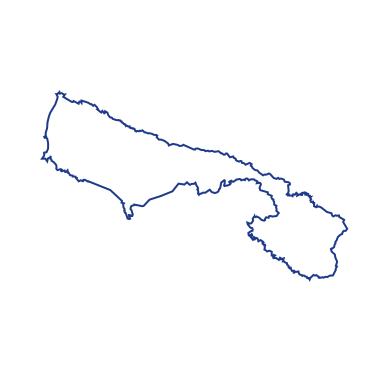 the district of Pran Buri, Prachuap Khiri Khan, Thailand, rotated 202°
{"feature_id": "78962969B16792077167163", "entity_name": "Pran Buri", "entity_type": "district", "adm_level": 2, "iso_a3": "THA", "parent_name": "Thailand", "parent_adm1": "Prachuap Khiri Khan", "projection": "orthographic", "projection_center": [99.688, 12.406], "detail": "fine", "context": "isolated", "style": "outline", "palette": "blue", "viewbox_px": 384, "rotation_deg": 202, "n_neighbors": 0, "source": "geoboundaries", "source_scale": "gbopen_adm2", "svg_char_len": 6035}
<svg xmlns="http://www.w3.org/2000/svg" viewBox="0 0 384 384"><g transform="rotate(202 192 192)"><path d="M30.1,167.4L29.5,173.5L30.0,174.6L29.7,177.2L30.9,177.3L31.3,181.7L34.5,184.9L36.2,187.6L40.1,189.0L41.9,191.2L41.6,191.8L41.0,191.8L39.6,194.1L40.1,197.0L39.7,198.1L40.4,199.4L39.8,201.3L39.9,204.9L38.3,208.1L37.0,209.4L37.3,210.4L36.9,212.7L35.0,213.5L34.3,216.0L40.6,220.8L40.5,223.2L46.1,224.0L47.0,225.3L48.9,224.2L50.2,224.2L51.8,222.3L53.2,222.7L54.8,224.6L59.2,224.0L66.7,226.1L68.6,226.1L70.3,225.3L70.9,226.0L71.2,224.4L73.6,224.6L74.6,227.6L75.5,227.2L76.2,228.4L77.8,227.3L79.2,228.7L78.9,230.0L80.3,231.0L80.0,231.8L80.8,231.3L81.2,232.6L82.5,232.0L83.0,232.8L84.9,232.3L84.1,233.7L85.8,233.8L85.8,232.7L86.6,232.8L87.2,233.5L87.4,232.8L88.3,233.1L89.3,232.7L89.7,232.1L88.8,230.9L88.9,230.4L89.7,230.1L90.7,230.7L93.1,228.0L93.6,229.8L95.0,230.3L95.7,227.9L97.3,227.8L97.2,225.8L98.4,226.1L100.5,225.1L101.3,226.0L102.0,224.8L103.3,225.3L102.6,226.7L102.7,229.0L105.4,234.2L104.0,235.6L104.6,236.8L106.2,237.2L109.9,236.3L111.3,237.8L112.9,238.0L114.7,237.7L115.9,236.8L117.4,237.4L118.6,235.8L121.5,235.6L126.3,237.9L127.6,238.0L129.6,235.9L131.1,235.5L132.3,234.1L136.9,235.1L139.4,236.5L141.7,236.0L144.6,236.8L146.4,238.3L147.4,238.4L147.2,240.2L149.4,240.6L152.5,237.4L154.9,238.2L156.5,237.7L157.7,239.1L158.9,238.8L159.5,237.9L162.2,237.7L163.4,238.2L164.0,239.2L166.2,239.4L167.0,240.4L169.9,238.4L173.8,240.8L174.9,240.5L175.5,239.0L176.5,238.5L178.9,239.1L179.4,238.7L182.6,239.8L186.1,237.7L188.9,237.6L191.2,236.1L192.7,236.3L194.8,234.9L196.4,235.4L199.0,234.5L203.0,234.5L205.0,233.4L205.1,232.4L206.5,232.1L217.8,232.5L218.4,231.3L220.7,230.0L223.0,230.3L227.6,229.5L230.9,226.5L232.1,227.9L236.5,229.1L240.4,229.0L242.3,228.2L245.3,229.6L245.4,231.3L246.3,231.5L248.9,230.7L250.8,231.0L253.8,230.5L254.5,229.9L257.4,229.9L258.4,229.5L261.0,230.6L262.2,229.4L263.2,229.4L263.6,228.6L265.8,228.0L266.3,227.2L267.7,227.5L269.1,229.1L270.6,228.9L270.7,228.5L272.1,228.8L272.3,228.4L273.9,228.4L274.5,229.5L275.7,228.8L278.2,229.2L278.3,228.6L279.8,229.8L280.7,229.5L281.6,230.1L283.0,230.2L283.5,230.9L284.0,230.7L285.0,231.5L286.0,231.0L286.8,231.3L288.6,230.4L292.8,230.1L294.3,230.9L295.9,230.5L298.3,231.8L300.2,233.9L302.8,234.3L302.4,232.5L302.9,232.1L305.5,233.6L306.0,231.7L310.7,233.1L310.2,233.6L311.9,235.0L315.1,236.3L315.9,234.9L318.4,235.8L319.0,235.4L321.9,235.9L328.7,235.4L327.9,233.3L329.0,233.9L330.3,233.6L330.2,231.4L335.9,232.0L336.2,230.8L337.2,230.5L347.0,232.0L346.4,234.8L347.3,234.3L349.7,234.9L351.5,233.7L352.4,235.0L353.5,232.4L354.5,232.0L352.2,230.0L351.8,227.7L351.6,221.9L353.1,212.5L353.0,208.7L352.1,202.5L350.3,197.0L349.8,192.0L348.7,189.3L350.2,187.0L348.6,189.3L347.8,188.5L348.4,188.0L349.4,186.5L348.0,187.8L346.1,187.1L343.6,183.2L341.7,178.3L341.8,174.4L343.8,173.2L343.9,172.6L343.0,171.6L342.8,170.1L343.5,166.7L340.6,168.0L337.7,166.2L338.2,169.0L336.6,170.7L336.5,172.5L335.6,169.8L334.6,169.5L334.0,168.4L331.5,167.9L328.2,166.3L327.0,164.6L326.6,162.8L325.0,161.9L322.3,164.0L321.2,163.9L321.4,162.7L320.8,162.3L318.2,164.2L317.1,163.1L316.3,163.3L315.5,165.4L314.2,163.4L313.6,163.6L311.3,161.9L308.8,162.5L308.4,161.7L305.7,162.6L305.0,161.6L304.2,161.8L304.2,161.2L301.0,159.5L299.5,161.2L297.2,161.1L296.8,161.9L297.1,162.6L295.6,163.2L292.3,162.7L292.2,163.1L268.5,163.2L253.6,157.5L253.3,155.7L250.9,156.0L251.2,154.8L249.8,152.1L248.1,150.9L247.9,149.4L247.3,149.3L246.7,147.8L245.6,147.7L241.7,143.2L239.9,143.5L239.4,144.1L241.4,146.1L241.8,147.0L241.1,147.3L239.5,146.9L238.5,147.3L238.8,148.2L238.4,148.8L241.4,152.6L242.6,153.1L243.1,155.2L242.8,156.5L240.6,158.2L240.8,158.7L232.5,160.3L231.6,161.0L228.5,169.0L219.3,176.7L210.4,185.3L207.6,194.7L201.8,196.1L200.3,199.1L197.1,197.9L196.4,198.0L195.5,199.3L193.1,200.4L192.3,201.9L190.3,199.7L188.3,198.4L187.5,197.2L188.0,196.3L186.5,195.1L185.8,192.8L184.5,192.0L183.9,193.5L183.1,193.7L181.5,195.6L179.5,196.2L176.4,200.8L173.6,199.3L170.4,199.6L168.3,201.4L167.7,203.0L168.0,204.6L167.3,205.7L168.4,211.8L166.5,215.0L165.9,214.9L164.8,211.7L164.8,210.3L164.1,209.7L160.8,211.9L159.5,213.5L159.4,214.8L160.9,214.9L161.3,215.4L159.9,217.2L158.3,216.8L157.3,217.1L155.5,220.1L152.7,221.9L151.7,222.0L150.8,221.3L148.8,222.7L147.4,222.8L147.4,224.2L146.6,224.9L145.6,225.2L143.6,224.1L142.5,225.6L139.2,227.0L137.7,226.3L136.5,226.6L135.2,226.3L135.2,224.4L132.4,226.0L131.0,225.1L130.9,221.0L129.3,219.3L121.6,220.1L121.0,218.4L116.6,218.3L116.3,216.7L115.3,215.7L113.7,215.6L113.6,214.8L112.2,213.6L111.0,211.1L108.5,210.8L108.4,209.3L107.1,207.7L106.7,206.1L103.7,205.0L104.6,201.4L108.4,199.3L110.2,199.2L111.5,198.3L111.3,196.8L113.8,196.3L114.2,194.2L113.7,193.5L114.4,192.4L117.2,192.2L119.9,193.3L123.0,193.5L123.4,192.6L124.1,192.4L124.7,192.9L124.6,192.5L125.3,192.0L125.7,189.9L124.6,188.3L125.2,185.3L126.4,184.4L129.2,184.4L128.4,183.1L125.3,181.2L124.3,180.8L122.6,181.1L121.6,179.9L121.4,178.7L123.2,177.4L122.9,177.5L124.4,175.1L123.1,173.0L122.2,173.0L120.9,175.3L119.9,174.3L120.8,172.4L117.7,170.6L117.6,171.2L117.0,171.0L116.3,171.5L117.4,172.0L118.0,173.1L117.7,173.5L116.4,173.1L114.3,173.6L112.8,172.5L112.0,171.2L110.3,173.1L107.2,172.4L106.8,172.0L107.6,171.2L107.1,170.4L105.6,169.9L104.6,170.5L104.1,169.9L104.2,168.5L103.5,167.4L103.3,165.7L101.2,165.5L100.1,165.0L98.2,166.6L95.7,166.5L94.3,163.0L92.8,162.8L92.6,164.3L91.2,164.3L92.2,162.0L91.7,161.2L89.3,162.3L86.0,161.6L85.8,164.0L85.1,163.9L85.5,163.0L84.4,162.8L82.1,164.8L81.7,161.7L80.8,162.1L78.9,161.5L77.3,161.6L76.6,160.2L74.9,159.8L74.3,158.5L72.4,158.8L72.6,157.9L71.7,158.1L69.9,156.3L68.1,156.9L67.5,155.3L67.0,155.5L67.3,157.0L66.1,156.6L63.5,158.2L62.9,157.1L61.3,155.8L59.3,156.1L58.3,155.5L57.8,156.2L56.6,156.5L55.2,156.1L53.8,156.4L53.0,155.4L51.2,156.1L51.2,155.5L50.7,155.6L50.1,155.0L50.1,156.7L48.3,160.6L46.6,160.6L45.6,161.5L42.4,160.8L42.4,160.1L41.4,160.2L39.0,161.9L38.0,161.8L36.6,163.3L34.6,163.9L32.9,166.1L30.1,167.4Z" fill="none" stroke="#1e3a8a" stroke-width="2"/></g></svg>